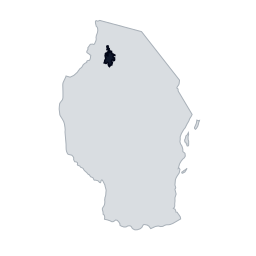 Geita, Geita, United Republic of Tanzania (highlighted), rotated 15°
{"feature_id": "72390352B97667671873629", "entity_name": "Geita", "entity_type": "district", "adm_level": 2, "iso_a3": "TZA", "parent_name": "United Republic of Tanzania", "parent_adm1": "Geita", "projection": "equal_earth", "projection_center": [32.048, -2.782], "detail": "fine", "context": "in_parent", "style": "filled", "palette": "ink", "viewbox_px": 256, "rotation_deg": 15, "n_neighbors": 0, "source": "geoboundaries", "source_scale": "gbopen_adm2", "svg_char_len": 7024}
<svg xmlns="http://www.w3.org/2000/svg" viewBox="0 0 256 256"><g transform="rotate(15 128 128)"><path d="M101.8,183.2L99.6,181.7L97.7,180.8L96.0,179.7L95.3,178.7L93.8,178.3L92.5,178.2L91.3,177.2L88.8,176.9L88.5,176.3L88.4,174.9L88.0,174.5L87.1,174.2L86.1,174.2L85.5,174.4L85.2,174.3L84.4,173.5L83.6,172.4L83.3,170.8L82.2,169.7L80.8,168.8L77.2,168.9L76.6,168.7L75.7,167.8L74.7,166.5L73.9,164.9L73.2,162.7L72.4,159.8L68.2,148.2L67.8,146.0L66.9,143.6L65.6,140.6L64.2,138.4L62.2,136.3L60.0,134.3L58.8,133.0L56.6,127.5L56.1,125.0L55.7,122.3L55.9,121.2L57.3,117.8L57.4,116.8L57.3,115.5L56.6,112.8L55.7,109.5L53.9,103.5L53.6,102.0L53.6,100.8L54.7,94.7L54.7,93.8L58.9,93.9L62.0,91.3L64.7,87.2L65.2,85.6L66.3,83.0L67.4,81.7L67.8,80.8L68.4,78.3L69.8,76.5L71.2,75.2L70.9,74.2L71.1,73.9L71.8,73.2L73.3,72.6L73.6,71.2L73.6,69.7L73.3,68.9L73.4,67.9L73.1,67.3L72.2,67.2L70.8,66.4L69.6,66.1L68.8,65.7L68.5,65.3L68.4,64.4L69.0,62.1L68.4,61.1L69.8,57.2L70.1,56.8L70.6,56.7L71.5,56.3L72.3,56.1L72.9,56.2L73.4,56.1L73.8,55.6L74.1,54.3L74.4,52.1L74.3,50.3L73.7,48.9L73.5,46.8L73.8,44.0L73.6,41.6L72.9,39.7L72.2,38.6L71.1,38.1L69.5,35.2L69.0,33.8L69.1,32.9L69.6,32.5L70.7,32.7L71.7,32.3L72.6,31.5L73.5,31.3L74.0,31.4L116.1,31.4L165.3,68.4L165.5,68.9L165.9,72.1L165.8,73.1L165.1,75.0L164.8,75.9L164.8,76.6L165.0,76.9L165.7,77.0L166.2,77.4L166.4,77.7L166.8,79.1L167.4,79.8L186.0,97.9L186.4,98.2L186.2,99.7L185.1,103.4L185.0,105.0L184.6,106.8L184.2,108.0L183.1,113.2L182.2,115.1L181.0,119.6L180.7,123.1L181.4,125.5L181.7,127.8L183.1,130.1L184.2,130.9L185.0,131.9L186.4,134.2L187.1,136.6L189.6,137.7L190.6,140.3L190.2,142.1L189.1,143.6L188.0,146.0L187.1,149.2L187.0,154.1L187.6,153.4L188.9,154.5L189.1,158.1L187.7,162.3L187.3,164.2L187.2,165.9L188.1,170.9L189.6,173.4L189.5,174.2L189.1,174.9L191.6,179.4L191.4,183.3L192.3,186.3L192.7,189.0L193.3,191.0L193.4,192.4L192.6,193.9L194.5,194.3L195.5,195.6L196.0,196.8L197.4,196.7L198.1,197.5L199.1,198.2L201.4,200.2L202.0,201.3L202.4,202.2L196.0,208.6L193.7,210.3L192.1,211.0L190.3,211.5L188.6,212.5L187.1,214.0L185.0,214.8L182.6,214.8L180.0,216.0L176.0,219.3L173.6,217.4L171.8,216.8L169.7,216.9L168.4,217.1L167.9,217.5L167.5,218.6L167.1,220.5L165.7,222.3L163.3,223.9L161.0,224.6L159.0,224.2L157.6,223.4L156.9,222.5L155.8,222.0L154.4,222.1L153.0,222.8L151.7,224.1L149.7,224.7L146.8,224.5L145.3,223.9L145.1,222.8L143.9,221.5L141.6,220.0L139.9,220.0L138.8,221.4L137.9,222.3L137.0,222.6L136.2,222.7L135.0,222.3L131.9,222.1L128.9,222.2L128.6,220.2L128.0,218.9L127.5,218.2L126.5,218.0L126.2,217.4L125.8,216.1L125.3,215.0L124.7,214.1L124.3,213.3L124.1,212.5L124.2,211.7L124.9,209.6L125.1,208.1L125.0,206.6L124.7,205.1L124.0,203.3L124.1,202.8L123.8,201.6L123.8,200.7L123.9,199.6L123.8,198.2L123.2,195.2L123.2,194.4L122.6,193.0L120.6,189.5L120.5,189.1L117.4,185.6L116.2,184.8L115.7,185.5L115.6,186.1L115.7,187.2L115.6,187.8L115.5,188.0L114.7,188.0L114.3,187.8L113.1,186.9L112.2,186.7L109.9,186.8L109.1,187.1L108.5,186.9L107.3,185.3L105.9,184.9L104.6,184.8L102.5,183.0L101.8,183.2ZM190.0,125.0L191.0,128.8L190.9,129.6L190.2,130.0L189.8,130.0L189.3,129.4L189.0,128.1L188.5,128.4L187.5,126.9L186.6,126.8L185.8,125.0L186.1,123.3L186.0,120.6L187.0,119.2L187.5,116.8L188.2,118.4L188.3,121.0L189.2,123.9L190.0,125.0ZM195.1,102.1L195.1,103.0L194.9,103.9L195.0,106.6L194.9,108.4L194.1,110.9L193.5,111.8L192.9,111.5L192.4,111.1L192.1,110.4L192.8,105.8L192.5,102.5L193.9,102.8L195.1,102.1ZM192.7,157.5L192.0,157.7L191.7,157.5L191.3,156.8L192.0,156.1L192.8,154.9L194.5,153.1L195.4,151.6L195.2,153.0L194.2,156.1L193.4,156.3L192.7,157.5Z" fill="#d9dde1" stroke="#a8b0b8" stroke-width="1"/><path d="M88.1,71.3L88.6,71.3L88.8,71.1L89.3,71.2L89.5,71.2L89.8,71.4L90.0,71.4L90.3,71.2L90.7,70.5L90.9,70.0L91.0,69.9L91.3,69.9L91.7,70.1L91.9,70.3L92.1,70.3L92.3,70.6L92.5,71.9L92.8,71.8L93.2,72.0L93.3,72.1L93.2,72.5L93.4,72.8L93.4,73.0L93.6,73.2L93.8,73.3L94.2,73.5L94.4,72.7L94.5,72.6L94.6,72.3L94.9,72.3L95.1,72.0L95.3,71.7L95.5,71.6L95.5,71.4L95.4,71.1L95.5,70.5L95.7,70.4L95.9,70.5L95.8,70.1L95.9,69.7L96.0,69.5L95.9,68.8L95.9,68.6L95.9,68.4L95.6,68.4L95.6,68.7L95.7,68.9L95.4,68.9L95.2,68.7L95.1,68.3L94.8,68.2L94.8,67.9L94.7,67.5L95.0,65.9L95.4,65.8L96.0,66.3L96.3,66.6L96.5,66.7L96.9,66.4L97.3,66.3L97.3,66.0L97.4,65.9L97.3,65.2L97.0,64.9L96.8,64.4L96.8,64.2L97.0,64.0L97.0,63.9L96.4,63.7L95.8,63.6L95.6,63.6L95.3,63.4L95.1,63.0L95.0,62.8L95.0,62.7L95.0,62.4L95.1,62.2L95.2,61.8L95.5,61.7L96.0,61.4L96.5,61.4L96.5,61.1L96.4,60.9L96.1,60.9L95.5,60.7L95.4,60.7L95.1,60.6L94.8,60.6L94.7,60.5L94.3,60.4L93.1,60.5L93.1,60.3L93.1,59.9L92.8,59.6L92.7,59.4L92.3,58.5L92.1,58.7L92.1,58.9L91.8,58.9L91.6,59.0L91.6,59.3L91.3,59.5L91.3,59.4L91.4,59.2L91.1,59.3L90.9,59.1L90.9,58.9L90.9,58.7L90.8,58.8L90.7,58.7L90.6,59.0L90.5,58.8L90.3,58.6L90.2,58.4L90.1,58.6L90.0,58.3L90.1,58.1L89.9,58.0L90.0,58.2L89.9,58.5L89.7,58.7L89.7,58.4L89.7,58.2L89.6,58.3L89.3,58.4L89.3,58.5L89.5,58.6L89.6,58.9L89.5,59.0L89.5,59.3L89.5,59.2L89.5,59.3L89.7,59.5L89.4,59.8L89.6,60.1L89.5,60.3L89.2,60.4L88.7,60.2L88.6,60.3L88.7,60.5L88.8,60.7L89.0,60.8L89.0,61.0L89.3,61.4L89.4,61.6L89.4,61.9L89.5,61.9L89.7,62.1L89.7,62.4L89.5,62.5L89.6,62.8L89.6,63.0L89.9,63.1L90.0,63.2L90.0,63.3L90.0,63.5L89.9,63.5L89.7,63.5L89.4,63.7L89.2,63.6L89.2,63.4L89.3,63.1L89.2,62.9L89.2,62.6L89.2,62.4L89.0,62.2L88.9,62.1L88.7,62.0L88.6,61.8L88.8,61.7L88.7,61.6L88.8,61.6L88.7,61.5L88.8,61.4L88.7,61.3L88.5,61.5L88.4,61.5L88.4,61.4L88.3,61.5L88.2,61.4L88.1,61.0L88.0,61.3L88.2,61.6L88.2,61.8L88.3,61.8L88.2,61.8L88.3,61.8L88.4,62.0L88.3,61.9L88.3,62.0L88.2,62.0L88.3,62.1L88.2,62.1L88.3,62.1L88.2,62.2L88.2,62.4L88.3,62.4L88.3,62.5L88.3,62.4L88.3,62.5L88.1,62.4L87.8,62.7L87.8,63.1L87.7,63.1L87.8,62.8L87.8,62.7L87.7,62.6L87.8,62.4L87.7,62.4L87.8,62.4L87.7,62.3L87.8,62.3L87.8,62.2L87.6,62.0L87.6,61.9L87.4,61.8L87.4,62.0L87.2,62.0L87.1,62.3L87.2,62.7L87.3,62.8L87.2,62.9L87.2,63.2L87.2,63.4L87.3,63.4L87.4,63.6L87.5,63.8L87.4,64.0L87.2,64.0L87.5,64.8L87.8,65.2L88.0,65.4L88.0,65.6L88.3,65.7L88.4,66.0L88.3,66.3L88.4,66.8L88.6,67.2L88.5,67.3L88.5,67.5L88.3,67.9L88.2,68.2L88.1,68.4L88.1,69.4L88.1,69.5L88.3,69.7L88.3,70.1L88.3,70.4L88.1,70.9L88.1,71.3ZM87.5,54.0L87.5,53.9L87.4,53.8L87.1,53.9L87.0,54.1L86.8,54.6L86.7,54.8L86.5,54.7L86.5,54.8L86.5,55.1L86.8,55.4L87.2,55.1L87.3,55.1L87.3,55.3L87.2,55.5L87.1,55.8L87.4,56.1L87.5,56.3L87.5,56.5L87.3,57.2L87.3,57.4L87.4,57.8L87.5,57.8L87.9,57.7L88.0,57.4L88.3,57.3L88.3,57.2L88.5,57.0L88.5,56.9L88.3,56.9L88.4,56.7L88.5,56.5L88.4,56.5L88.4,56.4L88.1,56.1L88.2,55.7L88.3,55.7L88.3,55.3L88.5,55.0L88.1,55.4L87.9,55.4L87.9,55.2L87.7,55.3L87.6,55.2L87.6,54.9L87.6,54.7L87.4,54.3L87.5,54.0ZM89.2,56.6L89.2,56.4L89.0,56.5L88.9,56.6L88.8,56.9L88.7,56.8L88.7,57.0L88.8,57.1L88.9,56.9L89.0,57.0L88.9,57.1L89.0,57.1L89.0,56.8L89.2,56.6ZM89.4,57.5L89.2,57.3L89.2,57.5L89.0,57.4L88.9,57.5L89.0,57.5L89.1,57.8L89.3,57.8L89.3,57.6L89.5,57.5L89.4,57.4L89.4,57.5ZM89.7,57.3L89.5,57.2L89.4,57.2L89.5,57.4L89.6,57.5L89.6,57.4L89.7,57.5L89.7,57.3ZM87.1,62.2L87.1,61.9L87.0,62.0L87.1,62.2Z" fill="#0f172a" stroke="#020617" stroke-width="1.5"/></g></svg>